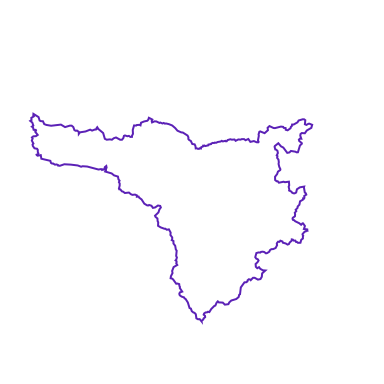 outline of Caylloma, Arequipa, Peru, rotated 71°
{"feature_id": "86281439B30825453994343", "entity_name": "Caylloma", "entity_type": "district", "adm_level": 2, "iso_a3": "PER", "parent_name": "Peru", "parent_adm1": "Arequipa", "projection": "albers", "projection_center": [-71.786, -15.701], "detail": "fine", "context": "isolated", "style": "outline", "palette": "violet", "viewbox_px": 384, "rotation_deg": 71, "n_neighbors": 0, "source": "geoboundaries", "source_scale": "gbopen_adm2", "svg_char_len": 6028}
<svg xmlns="http://www.w3.org/2000/svg" viewBox="0 0 384 384"><g transform="rotate(71 192 192)"><path d="M317.5,225.1L317.0,225.0L316.2,222.8L315.4,222.3L314.6,220.3L313.3,220.0L311.8,220.9L310.8,220.1L310.3,218.5L310.7,216.7L310.4,215.9L311.2,214.7L308.9,211.9L307.0,208.0L307.0,206.9L304.6,204.7L303.8,203.2L305.1,202.6L306.6,198.9L309.2,197.6L309.9,194.1L308.5,192.7L307.4,190.2L307.6,185.0L306.5,182.1L304.5,180.8L304.3,179.9L298.1,176.9L294.5,171.8L295.0,170.1L294.6,168.7L293.6,168.2L293.0,166.7L293.6,165.6L294.5,165.2L293.0,162.3L293.5,160.7L296.3,158.2L296.6,155.6L294.9,153.6L291.8,152.2L290.1,148.2L289.1,150.5L286.8,152.5L284.9,153.1L285.3,155.1L283.5,156.0L280.8,155.3L279.7,152.9L278.5,151.4L277.2,151.6L275.8,153.0L274.2,153.4L270.7,151.0L270.8,148.8L271.5,147.1L271.1,146.3L271.4,144.7L272.2,143.3L274.1,142.0L274.2,140.8L273.6,138.3L272.4,137.3L271.9,135.6L272.4,133.8L272.2,131.2L269.9,128.8L268.5,128.7L267.9,128.2L267.0,126.8L267.6,125.5L266.8,124.3L268.2,122.6L269.5,122.6L271.2,120.1L272.8,118.8L272.8,117.4L271.5,116.0L270.5,113.6L269.3,113.1L269.8,112.2L271.1,111.6L271.6,110.1L273.1,109.9L273.6,108.9L274.5,108.4L275.3,106.0L272.7,104.2L272.1,102.3L270.1,101.6L269.6,101.1L268.3,101.4L267.7,101.1L266.2,98.4L266.3,97.1L265.8,96.4L266.2,95.5L264.9,95.2L263.4,98.2L260.9,96.3L257.8,97.2L257.6,97.7L258.5,99.5L256.5,100.7L253.2,104.0L251.9,104.6L251.4,105.5L250.1,105.7L249.2,105.1L248.5,102.6L246.5,101.7L245.1,101.6L244.0,99.6L242.6,99.8L241.4,97.4L240.1,96.8L239.0,94.6L236.0,92.9L235.4,89.7L234.2,89.0L234.7,88.2L234.1,87.6L232.3,87.2L231.7,84.8L230.3,84.8L229.2,85.5L224.1,84.7L223.4,84.2L222.7,88.5L223.6,91.9L226.4,93.7L226.7,95.4L226.2,96.6L225.2,97.6L224.0,97.9L222.2,99.7L221.4,99.2L218.5,98.9L217.3,97.9L213.8,97.0L213.0,100.9L212.1,102.1L211.5,106.8L209.7,107.5L209.4,108.5L207.7,109.5L204.6,108.5L202.8,105.7L200.7,104.1L200.0,101.5L199.2,101.0L196.7,101.3L193.6,101.0L192.1,100.2L189.5,99.7L187.4,100.4L185.9,99.5L185.0,100.0L183.1,98.1L180.9,97.8L179.4,98.6L178.9,99.4L176.1,99.2L175.5,98.7L174.0,94.5L177.8,93.0L179.7,91.2L186.0,89.2L186.3,87.0L185.4,85.1L187.5,81.2L188.6,80.1L188.9,78.9L183.2,74.8L182.1,72.4L181.4,72.3L178.7,74.0L177.3,73.9L176.7,72.7L177.2,71.3L174.0,71.3L172.5,70.5L172.0,69.0L173.2,66.2L171.2,63.4L170.2,58.3L167.6,56.5L165.6,58.8L165.4,59.7L165.8,62.0L164.7,63.2L161.0,61.5L159.8,62.3L159.3,63.6L159.1,67.9L160.5,69.6L161.3,73.9L160.8,75.4L162.2,76.2L162.6,77.3L163.8,78.1L164.8,81.5L163.7,83.1L162.0,82.7L161.2,84.4L160.1,84.6L159.1,86.6L158.6,92.8L158.0,94.1L154.9,97.3L155.9,99.6L158.3,100.1L160.0,104.2L156.9,107.8L157.0,108.7L159.2,110.3L160.6,110.5L164.6,112.8L166.3,112.7L166.6,113.2L166.0,114.7L164.0,116.9L163.6,120.5L160.2,121.5L160.5,124.5L159.0,125.5L158.2,127.7L158.3,129.0L157.4,131.1L157.8,134.1L156.2,134.7L155.5,137.3L154.6,138.6L154.5,141.4L155.3,142.7L155.0,143.6L154.5,143.8L154.2,146.4L153.3,147.2L153.6,148.5L153.1,151.3L153.3,153.3L152.7,154.3L152.9,155.2L152.3,156.4L152.5,158.1L152.9,158.4L152.5,161.0L153.2,161.4L153.1,162.2L152.9,164.4L152.0,165.3L152.4,166.0L151.9,166.5L152.5,167.1L152.7,168.8L153.8,169.4L153.1,170.7L153.5,171.3L153.2,172.3L152.2,173.3L152.0,174.3L149.7,173.8L147.8,174.0L146.7,176.1L143.3,176.5L142.0,177.7L140.7,178.2L139.1,177.6L137.2,177.8L132.8,181.3L132.1,182.8L129.3,185.8L126.0,187.1L122.6,189.1L120.3,191.8L118.7,194.3L118.6,195.3L117.5,196.3L117.6,197.6L116.0,199.4L116.1,200.3L113.7,202.7L113.0,204.4L113.2,207.1L111.7,207.0L110.6,205.9L107.8,208.6L109.4,209.8L110.1,211.0L109.7,214.3L109.9,217.6L112.2,219.0L111.4,219.8L110.7,222.4L111.0,223.2L110.2,225.1L114.0,227.8L117.8,228.9L119.4,230.5L120.3,230.8L119.9,232.3L118.4,233.4L118.2,235.0L116.7,237.0L116.8,238.1L118.7,239.4L119.8,241.2L119.2,242.9L115.7,246.1L115.7,248.5L116.5,250.7L115.5,252.5L114.8,255.6L113.3,257.1L107.3,256.8L102.0,260.0L99.9,260.5L100.6,261.5L101.5,261.9L101.7,262.6L101.3,263.2L101.4,266.5L99.9,268.0L100.1,273.0L99.1,278.5L100.2,280.1L98.2,279.5L96.4,280.8L96.4,281.8L95.3,283.0L91.9,283.1L90.1,284.2L89.5,285.8L89.3,290.9L85.6,294.0L83.5,303.6L81.2,307.8L79.7,309.6L76.6,309.9L75.7,312.0L74.8,312.8L71.2,312.7L66.5,316.5L68.1,317.2L69.0,317.0L69.6,319.8L71.7,320.3L72.1,321.8L74.3,320.4L77.5,320.4L78.1,322.1L79.1,321.3L81.6,321.5L82.4,319.5L83.2,319.5L83.6,320.4L84.2,320.6L87.8,319.3L88.4,321.4L87.7,323.9L88.3,325.6L89.6,325.3L91.2,326.7L94.6,326.2L95.2,327.3L96.7,327.5L99.4,326.7L100.7,324.4L101.9,324.1L104.1,324.8L105.6,324.7L106.1,325.4L106.1,326.8L106.5,326.8L107.4,326.2L107.9,323.0L111.5,323.6L116.4,315.8L118.5,315.9L119.6,315.0L119.8,314.1L121.5,312.7L121.9,311.0L122.9,309.9L123.4,310.0L124.2,308.4L124.2,303.7L126.7,297.6L129.7,291.4L132.0,288.6L132.0,287.1L133.8,282.8L140.3,273.1L140.7,270.7L141.5,269.1L141.9,269.4L142.1,267.6L140.1,266.3L139.5,264.6L141.1,264.8L142.4,266.0L143.4,266.2L144.4,267.4L148.3,261.9L150.9,260.3L153.3,257.0L156.2,257.4L157.7,256.8L158.9,257.9L160.4,257.6L162.4,258.3L165.0,260.0L165.8,259.9L166.2,258.9L168.5,258.1L169.3,257.0L171.1,255.8L172.0,251.8L174.2,250.5L175.3,249.3L175.9,246.7L177.3,245.2L178.5,245.7L178.9,244.0L180.1,243.8L182.6,242.1L187.5,240.9L190.0,238.8L190.5,237.8L190.3,236.8L191.8,234.8L194.3,234.1L194.6,231.9L193.7,228.6L194.8,226.6L196.5,226.5L197.9,228.5L200.4,230.4L202.4,234.7L203.6,234.6L205.8,233.3L208.4,234.0L209.6,233.8L212.9,235.1L215.3,233.1L217.8,230.0L218.0,229.2L219.5,228.1L219.8,226.0L223.4,225.4L225.6,226.4L228.5,225.5L230.2,226.1L230.9,226.8L232.3,225.5L234.7,226.3L237.4,225.4L241.0,226.0L242.5,225.6L247.3,227.8L249.0,227.6L250.8,228.9L251.3,229.8L252.3,229.2L253.2,229.3L254.2,230.1L256.2,229.7L257.0,233.8L260.2,236.5L262.3,236.8L264.7,239.3L266.6,240.3L267.5,238.9L268.6,238.3L273.6,236.8L273.8,235.6L274.9,234.1L276.8,234.5L277.9,234.3L278.8,234.8L283.0,233.7L283.0,236.2L284.2,237.2L285.7,237.2L287.5,235.9L289.1,233.8L290.2,233.7L291.0,232.9L295.1,231.9L300.9,232.1L301.9,231.0L304.6,231.0L306.4,229.9L307.0,229.0L308.8,228.2L312.9,229.0L314.3,227.7L314.7,226.1L317.5,225.1Z" fill="none" stroke="#5b21b6" stroke-width="2"/></g></svg>